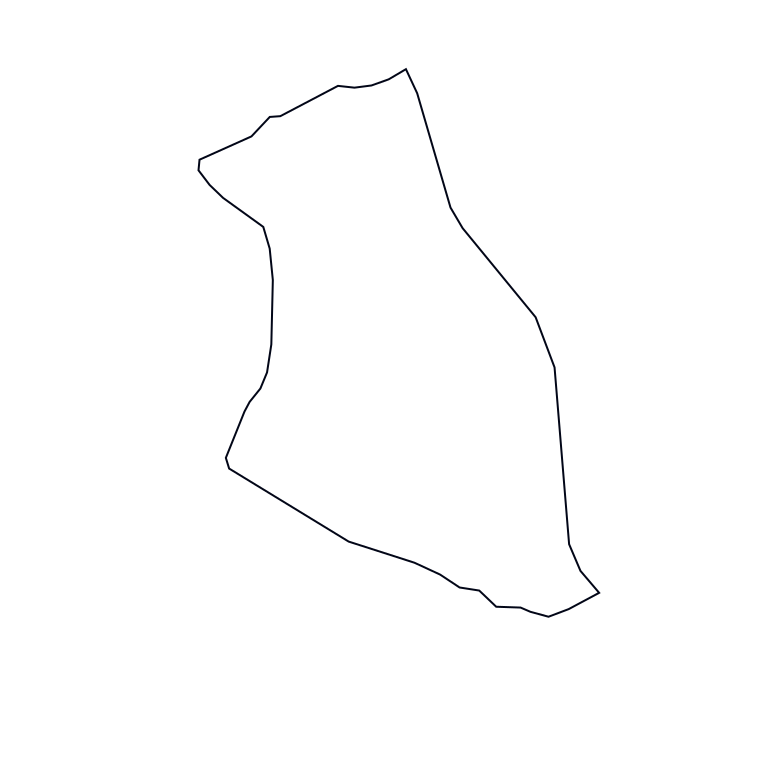 an SVG outline of Kranjska Gora, rotated 60°
{"feature_id": "SVN-1014", "entity_name": "Kranjska Gora", "entity_type": "Municipality", "adm_level": 1, "iso_a3": "SVN", "parent_name": "Slovenia", "parent_adm1": "", "projection": "orthographic", "projection_center": [13.827, 46.45], "detail": "fine", "context": "isolated", "style": "outline", "palette": "ink", "viewbox_px": 768, "rotation_deg": 60, "n_neighbors": 0, "source": "natural_earth", "source_scale": "10m", "svg_char_len": 654}
<svg xmlns="http://www.w3.org/2000/svg" viewBox="0 0 768 768"><g transform="rotate(60 384 384)"><path d="M95.6,349.4L100.2,339.9L102.8,274.8L112.6,261.4L119.2,245.6L122.5,227.6L122.3,207.6L148.8,209.9L264.5,238.2L288.4,238.0L402.0,219.3L454.9,228.0L615.3,303.8L644.1,307.3L672.4,302.1L671.3,336.6L667.8,357.9L654.5,371.1L645.9,377.5L633.0,398.2L610.5,404.8L598.0,420.3L577.1,430.7L554.0,447.0L502.8,493.4L379.8,560.4L368.9,557.9L338.1,518.6L332.3,509.3L326.1,493.3L315.5,479.5L293.4,461.8L238.4,428.3L209.6,415.3L187.6,410.0L142.4,430.3L124.4,435.5L106.2,437.8L97.5,431.6L103.3,375.0L95.6,349.4Z" fill="none" stroke="#020617" stroke-width="2"/></g></svg>